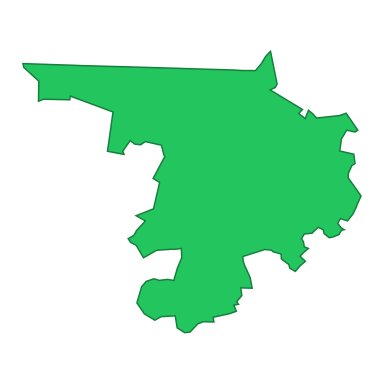 outline of Middlesex, Massachusetts, United States of America
{"feature_id": "52423323B1907827935694", "entity_name": "Middlesex", "entity_type": "district", "adm_level": 2, "iso_a3": "USA", "parent_name": "United States of America", "parent_adm1": "Massachusetts", "projection": "natural_earth1", "projection_center": [-71.366, 42.447], "detail": "fine", "context": "isolated", "style": "filled", "palette": "green", "viewbox_px": 384, "rotation_deg": 0, "n_neighbors": 0, "source": "geoboundaries", "source_scale": "gbopen_adm2", "svg_char_len": 1915}
<svg xmlns="http://www.w3.org/2000/svg" viewBox="0 0 384 384"><path d="M305.4,261.3L300.0,256.2L303.7,252.5L308.4,248.4L304.3,246.9L303.4,241.7L301.5,238.7L304.3,234.0L312.2,233.2L313.5,231.6L318.4,227.3L323.2,229.8L323.8,232.0L323.9,233.4L329.2,237.7L332.6,237.1L339.1,234.5L339.7,233.2L341.6,230.2L344.2,229.7L340.9,227.6L337.7,223.2L340.5,218.6L347.5,220.9L353.1,213.8L356.0,207.7L357.9,202.9L361.0,196.1L358.9,192.9L348.2,177.8L348.5,172.9L351.9,165.5L355.0,163.6L353.8,154.2L339.8,151.0L341.4,139.0L346.7,130.2L355.1,132.0L357.8,130.2L346.1,113.2L339.4,115.6L316.6,118.0L312.5,113.6L308.5,110.3L305.2,118.5L298.7,113.5L302.5,109.5L270.1,89.9L275.4,87.4L277.1,83.9L270.5,51.3L270.3,51.5L265.6,56.5L261.4,63.6L255.5,70.6L241.7,70.5L233.3,70.0L226.5,69.8L219.8,69.6L202.4,69.1L195.9,68.9L192.6,68.8L188.8,68.7L178.0,68.3L160.0,67.8L126.1,66.8L125.7,66.8L124.0,66.7L118.0,66.6L81.8,65.6L71.6,65.2L58.9,64.8L23.0,63.6L23.7,67.3L38.8,81.2L38.5,101.2L43.7,99.2L69.8,99.8L70.3,96.1L113.0,112.0L107.5,151.3L124.0,154.4L122.8,151.1L130.2,140.6L134.8,144.1L140.5,144.8L145.4,141.6L161.4,145.2L163.8,154.7L164.8,156.5L153.1,178.5L159.6,182.4L157.5,191.7L153.5,208.8L136.1,215.7L145.4,220.9L136.6,230.5L133.9,235.3L128.2,238.7L130.7,242.5L136.2,245.3L143.5,257.8L156.6,250.3L171.9,249.2L174.2,249.4L181.4,248.5L181.7,257.7L177.4,268.1L173.8,280.5L167.7,279.4L159.1,280.4L156.9,279.6L153.7,278.8L146.2,281.4L141.6,286.8L138.0,299.1L136.9,302.9L144.3,313.8L154.8,320.2L161.0,316.7L175.2,315.8L177.2,327.9L184.7,332.7L190.1,332.0L197.8,323.9L203.2,321.7L213.9,322.0L213.1,317.3L220.7,315.6L229.4,313.7L236.3,311.3L233.9,305.1L238.5,304.3L236.7,301.6L241.8,295.6L240.8,287.9L252.2,288.2L250.1,277.4L244.2,264.4L243.2,261.0L242.8,256.5L264.9,249.5L271.5,250.2L272.9,251.7L281.0,254.0L281.2,255.7L281.4,259.0L288.8,264.5L289.8,268.2L295.3,271.4L300.1,265.8L305.4,261.3Z" fill="#22c55e" stroke="#15803d" stroke-width="1.5"/></svg>